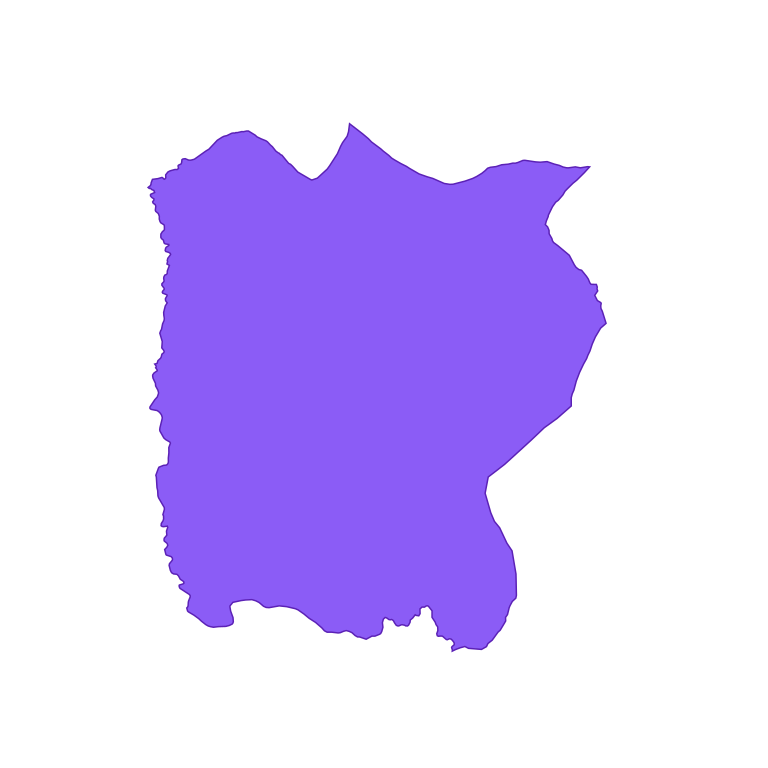 the district of Adi Keyh, Debub, Eritrea, rotated 165°
{"feature_id": "51966322B55590653223248", "entity_name": "Adi Keyh", "entity_type": "district", "adm_level": 2, "iso_a3": "ERI", "parent_name": "Eritrea", "parent_adm1": "Debub", "projection": "albers", "projection_center": [39.429, 14.884], "detail": "fine", "context": "isolated", "style": "filled", "palette": "violet", "viewbox_px": 768, "rotation_deg": 165, "n_neighbors": 0, "source": "geoboundaries", "source_scale": "gbopen_adm2", "svg_char_len": 6171}
<svg xmlns="http://www.w3.org/2000/svg" viewBox="0 0 768 768"><g transform="rotate(165 384 384)"><path d="M387.2,108.3L383.6,109.0L378.5,109.5L373.8,109.5L370.8,106.8L358.5,102.4L353.0,103.8L350.8,106.4L345.7,108.6L338.1,114.8L335.5,116.1L330.0,121.4L327.8,123.6L327.0,127.1L324.4,129.3L321.0,135.5L319.7,137.2L316.3,140.8L312.1,143.0L310.8,145.6L305.7,166.3L303.5,189.7L306.5,198.5L309.5,215.2L312.9,222.7L314.2,232.0L314.6,252.3L307.4,267.2L288.2,275.2L256.7,291.5L240.5,300.3L225.6,306.0L208.8,314.3L206.7,322.3L204.7,325.8L202.2,328.9L197.5,337.1L192.0,344.7L186.0,351.7L181.7,356.1L179.7,358.9L176.5,362.6L172.5,368.7L167.6,374.8L160.3,381.9L153.8,385.1L154.3,397.8L154.9,400.8L154.4,403.4L153.4,405.5L153.5,406.5L156.3,409.4L157.5,415.1L153.5,418.6L153.6,420.8L152.9,422.5L153.1,425.2L158.2,426.7L159.0,428.5L159.5,432.5L160.5,435.5L163.7,442.7L166.2,444.2L168.3,447.0L169.3,449.8L171.7,460.4L180.4,472.8L183.6,476.8L184.2,478.7L184.2,481.1L185.6,486.4L184.8,489.7L185.3,493.4L186.9,496.2L184.9,499.6L182.1,503.2L181.5,504.6L175.4,511.6L171.1,515.2L168.2,516.3L162.3,520.3L159.2,523.4L156.2,525.2L149.5,529.0L145.0,531.0L135.9,536.2L129.2,540.5L130.9,541.2L138.4,542.0L143.0,544.2L150.2,545.1L151.9,545.7L154.8,547.2L158.1,549.8L162.7,552.4L168.9,556.6L175.7,557.8L180.1,559.3L190.0,563.6L191.9,564.0L197.5,563.3L200.1,563.3L202.3,564.0L207.1,564.2L213.5,565.3L219.5,565.0L225.2,565.8L228.1,565.6L231.1,563.9L234.9,562.2L240.6,560.5L245.1,559.6L253.3,559.0L265.6,559.1L268.7,559.8L273.9,562.1L283.6,569.9L288.7,573.0L295.7,577.8L303.5,585.6L306.0,588.4L310.7,592.6L315.8,597.7L318.2,600.3L320.2,603.6L324.4,609.1L326.2,611.9L333.4,621.0L335.6,625.0L339.7,630.9L349.9,644.3L353.0,636.8L355.5,632.8L361.5,627.9L364.4,624.8L369.4,618.5L380.0,608.9L383.2,606.3L395.1,600.1L400.9,599.7L402.2,600.7L412.4,611.0L415.9,617.9L417.4,620.4L419.0,621.8L423.3,631.3L424.6,632.4L425.5,634.0L426.4,634.7L428.2,637.0L430.4,642.1L431.9,644.3L433.9,648.1L435.1,649.5L439.1,652.5L442.7,655.6L444.0,657.7L449.4,663.4L451.1,663.9L454.7,664.1L455.9,664.6L461.1,664.8L461.8,665.2L463.1,665.0L464.7,665.5L466.3,665.6L471.5,664.6L474.5,664.7L476.5,664.3L481.9,662.6L492.4,656.1L495.6,655.2L509.0,650.2L512.7,650.2L514.7,650.8L517.7,653.1L520.0,653.4L521.1,653.0L522.3,650.0L523.2,649.0L525.8,648.6L526.5,648.0L526.7,645.4L528.4,644.7L530.3,645.3L533.9,645.3L535.9,645.2L537.9,644.7L540.8,642.5L541.4,639.6L542.9,638.6L543.8,639.2L544.3,640.4L545.0,641.0L549.2,640.9L554.7,641.6L556.8,638.7L557.4,637.2L558.3,636.1L561.0,634.9L560.1,633.6L559.0,633.4L557.9,631.8L556.2,630.5L556.0,628.3L560.1,627.7L560.7,627.1L560.8,625.9L560.1,624.4L558.3,622.3L558.7,621.2L560.3,619.9L560.3,619.0L560.0,618.1L558.6,616.6L558.4,614.8L559.9,611.1L559.8,609.8L557.9,607.1L557.6,604.2L558.4,601.4L558.3,598.9L557.9,597.5L555.4,594.8L555.2,593.8L556.1,590.1L557.0,589.2L558.5,588.6L560.7,586.6L561.6,583.5L561.3,582.0L559.9,580.1L559.9,577.1L559.1,576.0L555.8,574.5L556.0,573.5L558.9,572.5L559.8,571.7L560.8,569.6L560.5,568.5L557.8,566.8L556.6,565.4L556.6,564.3L560.3,561.4L561.4,559.4L561.3,558.4L562.6,556.1L560.6,554.1L564.1,549.2L564.8,546.8L565.9,546.1L567.6,545.9L569.0,544.3L569.6,542.6L569.6,541.2L570.1,539.9L572.6,538.3L573.0,536.9L571.6,533.3L571.8,532.3L573.6,531.1L574.4,530.1L574.2,529.0L570.6,526.3L570.6,525.5L572.9,523.2L573.2,522.5L573.4,520.9L572.4,518.5L575.1,516.0L578.3,510.2L578.9,507.3L579.2,504.3L579.9,502.4L582.3,499.4L584.8,494.3L585.9,493.3L587.4,491.1L587.2,482.4L589.3,476.4L588.2,473.8L587.9,472.3L588.6,471.3L590.8,470.3L592.3,467.6L593.2,466.7L596.3,465.1L597.9,462.6L600.3,462.6L599.5,460.5L599.6,459.4L600.4,458.8L599.5,456.6L599.6,455.5L603.4,454.1L605.0,452.7L605.4,451.7L605.6,449.3L604.6,443.9L605.1,441.2L604.0,436.6L604.0,434.0L604.3,433.2L606.3,430.2L609.5,428.1L615.9,422.5L616.4,421.4L616.1,420.4L615.4,419.7L609.9,417.0L608.1,414.7L607.0,412.0L606.8,409.3L607.3,407.8L611.7,399.8L612.5,397.8L612.6,396.5L610.6,388.8L609.2,386.7L605.9,383.4L605.6,382.2L608.3,378.3L609.6,373.2L611.5,368.3L612.5,364.4L613.2,363.2L614.3,362.3L615.3,362.0L618.0,362.5L622.9,361.9L623.8,360.9L628.0,354.9L628.0,353.0L630.1,342.6L630.2,339.6L631.3,334.4L631.2,332.4L628.2,321.5L628.6,319.7L631.4,315.0L631.1,313.7L631.8,310.7L632.9,309.0L635.2,306.9L636.0,304.8L635.2,303.8L633.8,303.2L630.1,302.8L630.0,301.5L632.2,298.2L632.9,294.2L636.2,291.9L636.9,290.2L636.9,289.2L634.9,286.4L634.6,285.3L634.7,284.0L636.1,282.5L638.7,280.9L638.8,276.0L638.5,275.1L634.2,272.3L633.5,270.7L633.7,269.2L634.2,268.5L637.7,266.0L638.5,264.4L638.6,259.4L638.2,257.4L637.8,256.4L636.4,255.0L633.3,253.8L632.2,251.9L631.3,248.1L629.2,245.7L628.6,244.6L628.9,243.3L630.0,242.9L633.7,242.8L634.2,242.0L634.2,240.4L633.9,239.3L626.6,231.2L626.0,229.9L626.3,228.5L628.8,225.2L629.5,223.9L630.6,220.6L631.2,219.6L632.5,218.7L632.5,215.6L631.9,214.5L627.4,209.9L623.7,205.3L621.7,202.1L618.5,197.8L616.5,195.8L614.4,194.5L611.7,193.2L606.8,192.5L599.5,190.8L595.8,190.8L592.8,191.4L592.0,192.0L591.1,193.3L590.3,197.4L590.9,204.3L590.5,208.7L590.1,209.6L586.5,212.2L578.2,211.8L573.5,211.2L567.4,209.9L564.0,207.8L561.2,205.3L557.9,200.5L555.7,198.7L552.9,197.7L542.6,196.8L535.6,194.1L527.8,189.9L525.5,188.1L520.9,182.6L516.9,177.0L511.8,171.4L507.2,164.6L505.4,161.0L503.2,159.0L499.0,157.9L492.7,155.4L490.6,155.1L487.0,155.6L484.3,155.6L481.7,154.1L479.3,152.1L477.0,148.5L475.1,146.6L472.9,145.9L467.3,142.1L460.9,143.6L458.0,142.8L453.0,143.4L451.8,143.8L450.3,145.4L448.0,149.3L447.3,153.9L445.4,157.1L443.3,158.2L442.0,157.4L440.2,155.2L438.9,154.6L437.7,154.6L436.8,153.9L436.1,152.7L435.7,150.7L434.6,147.7L433.2,146.7L432.3,146.5L429.7,146.9L428.8,146.8L426.6,145.7L425.6,144.7L423.9,144.2L422.7,144.7L420.5,147.1L419.7,149.2L416.9,150.5L413.6,153.0L412.9,152.2L410.4,151.1L408.6,152.8L407.5,157.4L405.0,158.7L402.6,158.0L400.6,158.7L399.4,158.5L398.6,157.8L396.3,152.5L398.0,146.2L396.2,140.7L396.0,138.1L395.0,135.5L395.8,131.9L397.7,129.1L397.7,127.1L396.9,126.3L394.1,125.8L392.7,125.2L390.0,121.1L389.1,120.6L386.8,121.0L385.3,120.3L384.3,118.7L383.3,116.2L383.4,114.8L383.7,114.0L386.3,112.7L386.9,112.0L386.8,109.4L387.2,108.3Z" fill="#8b5cf6" stroke="#5b21b6" stroke-width="1.5"/></g></svg>